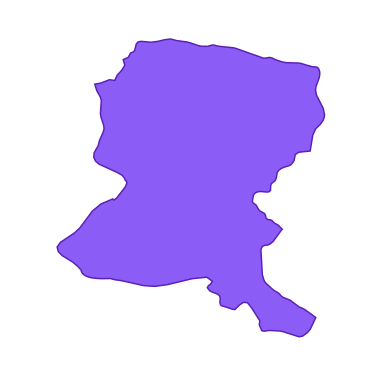 SVG path tracing the border of Ain, rotated 84°
{"feature_id": "FRA-5262", "entity_name": "Ain", "entity_type": "Metropolitan department", "adm_level": 1, "iso_a3": "FRA", "parent_name": "France", "parent_adm1": "", "projection": "orthographic", "projection_center": [5.485, 46.077], "detail": "fine", "context": "isolated", "style": "filled", "palette": "violet", "viewbox_px": 384, "rotation_deg": 84, "n_neighbors": 0, "source": "natural_earth", "source_scale": "10m", "svg_char_len": 3292}
<svg xmlns="http://www.w3.org/2000/svg" viewBox="0 0 384 384"><g transform="rotate(84 192 192)"><path d="M343.3,109.5L340.1,116.8L339.4,119.4L337.9,128.5L337.8,132.0L338.0,135.0L337.1,137.1L332.2,138.7L330.9,138.9L329.5,138.7L327.8,138.1L327.4,138.1L327.0,138.1L326.6,138.3L313.3,144.9L307.9,148.4L307.1,152.3L309.4,156.7L313.4,161.6L312.7,164.4L311.1,167.7L308.1,174.7L307.2,175.4L305.0,175.8L300.2,175.0L298.0,175.5L296.2,177.3L293.4,182.7L292.0,184.8L288.7,186.8L286.9,185.5L285.4,183.0L282.9,181.1L278.3,186.2L278.2,200.7L281.6,226.4L281.9,236.6L282.0,238.5L280.1,249.7L272.9,271.1L271.2,277.8L269.5,282.3L269.4,283.0L269.4,283.8L269.3,284.5L269.3,285.3L269.2,286.1L269.1,286.9L269.0,287.7L269.0,288.6L268.9,289.4L268.8,290.3L268.7,291.1L268.6,292.0L268.4,292.8L268.3,293.7L268.2,294.5L268.0,295.4L267.9,296.2L267.7,297.0L267.5,297.9L267.3,298.7L267.1,299.5L266.9,300.3L266.7,301.1L266.5,301.8L266.2,302.5L265.9,303.3L265.6,304.0L265.3,304.6L265.0,305.3L264.7,305.9L264.3,306.5L264.0,307.0L263.6,307.5L263.2,308.0L262.7,308.4L262.3,308.8L261.8,309.2L261.3,309.5L260.8,309.8L260.3,310.0L259.7,310.2L259.2,310.4L258.6,310.4L257.9,310.5L253.6,313.7L249.3,317.9L241.8,327.6L237.4,331.2L232.6,331.9L228.3,328.1L220.5,313.3L216.2,307.5L200.6,293.1L194.4,283.8L190.6,271.5L190.9,271.2L191.6,271.0L191.9,270.7L191.0,268.9L189.9,267.3L179.8,257.7L176.2,255.8L174.6,256.0L173.5,257.0L171.3,257.7L168.2,259.6L164.9,264.1L154.6,281.5L151.1,284.8L147.0,286.1L142.6,285.1L136.2,280.5L130.8,278.5L123.3,274.1L119.9,272.8L116.3,272.9L108.4,274.6L104.6,274.9L91.5,272.6L87.8,273.3L81.3,276.1L74.6,277.4L74.1,271.2L71.7,262.3L73.0,257.2L68.0,254.2L63.6,249.2L58.9,245.6L53.1,246.6L51.5,241.4L47.4,238.6L46.5,235.7L45.2,234.2L39.1,232.0L37.2,230.2L36.8,227.1L38.8,217.0L38.6,209.9L37.7,203.3L37.6,197.1L39.8,191.5L42.2,181.6L43.4,178.3L47.0,170.6L48.0,167.6L48.8,161.0L48.3,158.7L48.1,157.6L48.0,155.8L48.3,154.4L49.7,150.9L52.9,135.7L53.7,133.5L66.0,107.7L66.4,106.6L66.5,105.3L66.5,104.1L66.3,101.8L66.3,100.6L66.7,99.4L67.1,98.3L69.0,95.5L72.0,88.9L72.8,86.3L73.4,83.5L74.9,72.4L75.3,71.2L75.6,69.9L78.1,64.2L78.4,63.0L79.9,59.5L80.2,58.2L80.7,55.3L80.8,54.9L81.5,54.0L82.8,53.1L85.8,52.4L88.7,52.7L92.0,53.7L100.2,57.7L103.8,58.5L108.8,58.0L122.4,52.8L129.1,52.1L131.6,52.7L134.3,54.0L138.1,57.3L142.0,62.3L147.9,65.9L163.6,70.2L163.6,81.7L165.6,85.4L171.1,87.1L173.0,88.4L175.3,90.9L176.2,93.5L176.7,96.6L177.9,100.8L179.5,103.5L181.5,105.2L186.4,106.6L189.2,107.9L192.1,112.3L194.0,113.1L198.7,113.8L199.8,115.3L199.9,117.3L199.5,119.6L199.0,121.9L198.6,124.7L198.9,127.8L200.1,130.0L201.7,131.3L207.8,133.0L208.9,132.6L209.7,132.0L210.3,131.1L211.7,129.6L216.3,127.6L217.3,126.9L218.2,126.1L220.1,123.3L220.7,122.4L221.6,121.8L222.6,121.4L224.9,121.2L226.0,120.9L226.8,120.3L227.3,119.2L228.0,116.7L228.5,115.8L229.2,115.0L231.0,113.8L231.7,113.1L233.6,110.2L234.3,109.5L238.5,106.1L239.1,106.9L249.6,116.4L251.8,119.6L252.7,122.4L252.5,124.8L253.4,127.5L255.0,128.8L257.0,129.5L281.3,130.7L286.2,129.9L288.5,129.2L290.5,128.0L298.2,121.1L299.6,119.3L300.8,117.5L302.3,115.8L304.2,114.5L305.4,113.5L306.3,112.5L309.1,107.0L310.0,105.6L317.5,97.5L319.1,94.5L320.7,92.1L329.8,82.0L340.8,88.7L344.1,92.2L346.9,97.1L347.2,100.6L343.3,109.5Z" fill="#8b5cf6" stroke="#5b21b6" stroke-width="1.5"/></g></svg>